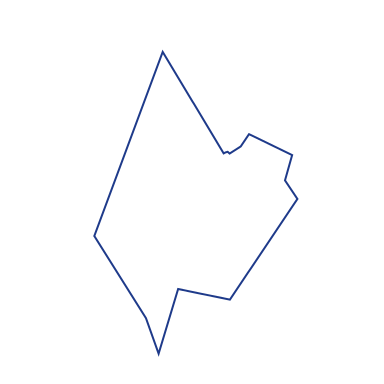 Pavussu, Piauí, Brazil (Equal Earth projection), rotated 341°
{"feature_id": "56859067B97790054210701", "entity_name": "Pavussu", "entity_type": "district", "adm_level": 2, "iso_a3": "BRA", "parent_name": "Brazil", "parent_adm1": "Piauí", "projection": "equal_earth", "projection_center": [-43.283, -7.908], "detail": "fine", "context": "isolated", "style": "outline", "palette": "blue", "viewbox_px": 384, "rotation_deg": 341, "n_neighbors": 0, "source": "geoboundaries", "source_scale": "gbopen_adm2", "svg_char_len": 450}
<svg xmlns="http://www.w3.org/2000/svg" viewBox="0 0 384 384"><g transform="rotate(341 192 192)"><path d="M85.3,201.8L107.4,296.3L107.8,334.0L147.3,279.2L165.8,290.2L192.8,306.1L219.0,286.2L223.2,283.1L280.0,240.0L289.4,232.9L283.7,211.3L298.7,189.7L266.2,157.3L264.7,155.9L252.9,164.8L240.1,167.9L238.8,165.6L236.5,165.5L234.5,165.8L222.5,109.0L221.9,106.6L209.9,50.0L201.2,60.6L85.3,201.8Z" fill="none" stroke="#1e3a8a" stroke-width="2"/></g></svg>